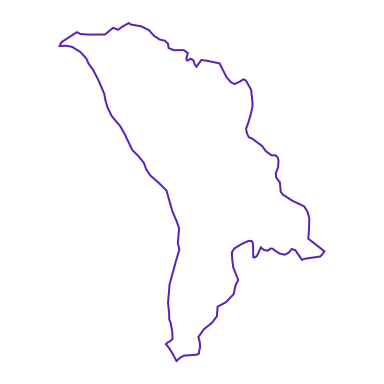 SVG path tracing the border of Moldova
{"feature_id": "MDA", "entity_name": "Moldova", "entity_type": "country or territory", "adm_level": 0, "iso_a3": "MDA", "parent_name": "Europe", "parent_adm1": "", "projection": "orthographic", "projection_center": [28.535, 46.964], "detail": "fine", "context": "isolated", "style": "outline", "palette": "violet", "viewbox_px": 384, "rotation_deg": 0, "n_neighbors": 0, "source": "natural_earth", "source_scale": "50m", "svg_char_len": 1855}
<svg xmlns="http://www.w3.org/2000/svg" viewBox="0 0 384 384"><path d="M59.6,46.0L61.3,42.3L76.8,32.2L80.7,34.0L88.7,34.6L105.0,34.5L113.1,27.8L118.1,29.8L122.1,26.8L128.9,23.0L129.9,23.9L130.7,24.5L141.1,26.3L148.9,30.1L154.0,35.8L159.4,39.4L165.0,40.8L168.0,43.7L168.6,48.0L173.8,50.2L183.7,50.1L187.8,53.0L186.3,58.7L187.3,60.6L190.8,58.7L193.4,60.4L194.8,64.6L196.4,66.7L201.4,60.0L206.7,60.7L219.6,63.4L226.5,77.2L230.8,82.1L234.5,84.1L239.3,81.9L243.4,79.3L245.9,80.5L251.1,89.7L252.4,101.6L252.5,106.5L250.7,114.6L248.1,123.3L246.0,128.9L247.0,133.5L248.9,137.3L252.0,138.5L262.1,146.0L265.9,151.3L271.4,155.2L275.6,155.4L277.7,157.5L278.5,160.2L278.1,167.1L275.8,173.5L276.2,177.6L279.9,182.4L280.4,188.1L280.7,191.7L282.7,194.5L292.1,200.6L304.2,206.4L307.4,211.6L309.3,218.1L309.0,229.1L308.3,238.7L324.4,251.3L322.7,253.8L320.3,256.5L305.1,258.7L302.0,259.8L295.3,250.2L291.8,249.0L288.6,252.7L284.8,254.7L280.2,253.8L275.2,250.8L272.7,248.7L270.7,248.5L267.7,250.7L263.6,249.8L260.9,247.4L257.1,255.7L254.8,257.5L253.3,257.2L252.9,243.2L251.7,241.1L248.7,240.8L241.3,244.2L234.3,248.5L231.9,252.4L232.2,259.3L233.3,267.5L238.2,280.0L235.5,285.4L233.7,294.1L226.1,302.1L217.6,306.7L216.9,316.2L212.1,322.7L203.9,329.2L198.4,337.0L199.8,342.4L200.1,347.4L199.2,350.9L199.0,353.5L196.8,354.7L184.2,355.6L180.7,357.2L176.5,361.0L172.7,353.9L168.8,347.7L165.9,344.3L167.1,342.8L170.3,341.1L172.5,339.0L172.3,331.7L170.7,323.2L169.2,319.1L169.1,312.7L168.0,302.7L169.6,284.2L176.0,260.9L179.4,249.4L177.8,243.1L179.1,228.3L176.5,220.9L172.4,211.4L166.5,190.6L159.2,183.3L150.1,175.3L146.2,169.2L143.7,162.6L138.3,156.0L132.2,149.9L125.0,134.7L121.2,127.9L120.1,126.0L111.8,116.2L107.5,107.4L105.4,100.2L104.2,93.6L98.5,80.4L93.4,70.4L88.4,63.3L86.2,58.3L80.4,52.0L72.0,46.8L66.6,45.8L59.6,46.0Z" fill="none" stroke="#5b21b6" stroke-width="2"/></svg>